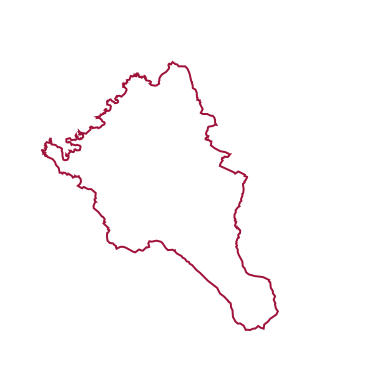 Lombok Tengah, Nusa Tenggara Barat, Indonesia, rotated 130°
{"feature_id": "22746128B98880758851169", "entity_name": "Lombok Tengah", "entity_type": "district", "adm_level": 2, "iso_a3": "IDN", "parent_name": "Indonesia", "parent_adm1": "Nusa Tenggara Barat", "projection": "orthographic", "projection_center": [116.283, -8.682], "detail": "fine", "context": "isolated", "style": "outline", "palette": "rose", "viewbox_px": 384, "rotation_deg": 130, "n_neighbors": 0, "source": "geoboundaries", "source_scale": "gbopen_adm2", "svg_char_len": 6120}
<svg xmlns="http://www.w3.org/2000/svg" viewBox="0 0 384 384"><g transform="rotate(130 192 192)"><path d="M105.0,290.4L107.8,290.1L108.2,291.8L109.1,292.0L110.1,291.5L110.9,289.9L112.4,289.0L116.4,289.0L121.1,290.5L123.4,290.5L126.0,290.0L127.5,288.7L128.9,288.3L130.1,286.8L133.0,287.6L134.3,288.6L136.3,292.1L136.1,294.1L135.3,293.6L134.0,294.3L134.1,295.7L135.9,298.9L135.6,299.9L134.9,300.1L135.1,301.2L134.2,302.0L133.8,301.7L133.5,302.9L135.4,303.6L135.3,304.5L135.7,303.9L136.7,304.0L136.5,305.3L137.5,305.7L137.8,306.5L136.9,308.0L137.2,308.7L136.5,308.7L136.7,309.3L136.1,309.8L136.5,310.4L137.3,310.5L137.8,309.4L138.1,309.8L138.4,309.1L139.1,309.0L139.9,310.2L139.5,311.5L140.5,311.1L141.0,311.7L141.7,311.6L142.5,313.5L146.2,312.1L148.2,313.8L149.5,312.1L150.3,312.6L151.3,312.1L152.4,313.2L153.0,313.0L152.7,313.8L153.1,313.7L153.5,315.3L153.5,314.2L155.8,312.2L155.0,311.5L155.2,308.6L156.0,307.6L159.7,306.7L164.4,307.4L164.8,309.3L166.8,311.2L167.6,310.6L167.9,311.1L169.9,310.8L170.5,309.6L169.5,308.3L169.7,307.4L170.5,306.5L171.8,306.6L173.6,308.3L173.1,309.5L173.8,311.5L173.3,313.3L173.7,314.2L176.1,314.7L176.3,315.3L177.1,315.3L177.3,314.6L177.8,314.7L179.5,313.2L178.2,310.3L178.6,309.1L181.4,307.6L182.8,307.6L184.8,309.4L186.8,310.0L187.4,309.4L188.3,310.4L189.1,310.0L189.5,310.7L191.2,310.9L191.5,311.7L193.2,311.1L195.7,313.1L195.5,312.5L196.3,312.3L195.3,311.5L194.8,309.3L194.7,308.0L195.6,306.0L194.9,304.1L195.6,302.9L196.8,302.7L199.2,303.8L201.2,303.7L203.4,304.8L203.2,306.0L206.8,309.1L206.3,309.8L206.7,311.3L208.1,311.6L208.7,310.2L209.9,310.0L215.5,310.7L218.3,315.8L218.1,317.3L218.5,316.8L218.9,317.2L219.4,315.5L220.4,315.3L220.1,314.7L218.8,314.4L218.3,312.3L219.8,310.7L222.2,310.8L222.5,311.9L223.4,311.6L224.2,312.3L224.1,314.6L223.2,315.2L223.7,316.7L224.2,316.6L225.0,314.2L227.2,314.8L227.5,315.8L229.9,317.7L229.2,320.1L232.1,322.2L233.7,321.2L234.4,320.0L233.8,318.8L232.8,318.6L232.2,317.2L233.3,314.5L232.3,314.2L231.3,311.5L229.7,310.3L228.6,307.5L229.1,306.3L232.1,304.9L234.2,307.0L234.3,308.9L235.1,309.3L236.2,308.5L237.5,308.4L238.4,309.6L238.1,312.2L238.6,311.1L239.0,312.0L239.3,311.1L242.3,311.1L245.1,308.6L247.4,308.2L249.4,309.8L249.9,311.4L247.1,315.0L245.3,316.3L244.3,318.2L242.4,319.4L242.7,322.1L244.0,323.7L243.6,325.9L244.0,327.3L245.8,330.2L243.2,333.0L243.5,333.8L243.1,334.4L243.8,334.5L243.9,333.3L245.4,332.7L245.5,333.2L246.3,333.1L247.2,335.4L249.6,335.4L250.0,334.0L250.8,334.4L251.0,332.4L251.9,332.9L252.4,332.2L252.9,332.6L253.2,331.4L254.7,331.1L256.1,333.7L256.7,333.5L256.4,331.6L257.2,331.1L257.3,331.7L258.0,330.8L257.3,330.7L256.9,330.1L257.5,330.1L256.8,329.4L257.8,329.2L257.7,327.6L258.4,328.1L258.7,327.5L258.2,326.7L257.6,326.8L257.9,325.1L258.6,325.4L257.8,324.8L256.4,319.9L256.6,318.4L257.2,315.9L258.6,313.9L259.3,309.5L262.3,305.8L261.1,304.4L261.2,303.0L259.9,303.1L258.8,301.3L259.1,298.8L258.0,298.1L257.4,298.4L256.9,294.5L257.4,292.7L256.8,292.8L256.4,291.9L255.2,291.4L254.8,291.8L254.6,290.3L252.7,288.8L253.3,288.0L253.5,285.8L255.6,283.6L257.8,283.0L260.7,283.4L259.8,278.6L257.7,278.2L256.6,273.4L254.6,271.1L254.7,265.0L257.8,263.0L258.5,261.7L260.2,262.0L260.9,261.3L261.3,259.5L261.6,259.9L265.9,258.5L267.5,256.9L267.5,250.9L268.7,245.3L268.2,244.3L268.9,241.4L271.0,240.6L271.0,239.3L272.9,239.6L273.3,232.8L274.7,232.4L274.5,230.7L277.0,230.2L278.0,230.6L280.7,228.6L283.6,225.4L283.9,222.3L282.1,219.3L282.7,216.6L283.2,216.6L282.4,216.4L282.3,215.3L283.4,214.5L283.9,213.3L280.2,211.7L278.4,209.8L277.2,207.0L275.5,198.4L274.7,196.7L270.1,195.6L269.1,192.7L268.4,191.9L263.6,191.4L263.4,190.7L261.5,189.5L259.5,192.4L257.2,193.0L255.8,190.8L252.1,187.9L250.1,183.9L250.2,181.3L251.7,176.5L252.0,173.1L248.6,169.6L248.5,168.1L247.7,167.5L248.5,166.9L248.8,163.7L247.8,158.9L248.3,156.8L247.7,154.7L248.5,151.5L247.6,149.5L248.4,147.7L247.9,144.8L248.9,138.7L248.8,133.7L249.8,122.6L249.3,111.1L251.8,105.2L251.5,100.2L252.2,93.7L252.6,93.6L252.4,90.9L255.5,87.5L256.5,85.0L261.4,80.3L263.4,75.1L263.3,72.2L261.7,70.6L261.2,66.5L263.1,62.1L261.6,60.8L260.7,59.0L257.4,57.3L255.8,55.7L252.1,55.2L251.8,52.2L250.7,49.3L246.9,51.5L242.8,50.5L238.8,50.6L231.8,48.6L228.2,49.5L227.2,53.1L224.5,56.4L223.8,56.5L222.0,60.2L218.4,61.4L217.6,65.0L215.9,66.4L214.8,70.0L211.0,73.9L211.0,75.7L209.8,76.3L211.5,82.9L216.0,89.8L218.6,95.5L218.7,98.8L216.6,102.6L216.3,105.3L212.9,108.8L210.0,116.0L208.6,118.4L206.7,119.9L205.5,123.0L204.2,123.0L203.1,125.1L202.0,125.3L201.6,126.1L197.7,127.4L196.7,126.8L195.5,128.8L193.7,129.1L192.9,128.7L190.8,130.0L190.3,130.9L190.6,132.2L190.1,132.5L190.0,134.1L190.8,134.5L189.9,135.5L190.5,135.9L190.1,137.5L186.5,138.9L186.8,139.7L186.2,140.0L186.1,141.1L184.9,141.2L184.4,143.0L181.8,145.0L179.2,145.5L178.0,146.8L174.3,147.0L172.4,146.4L172.0,147.3L170.4,148.2L168.6,148.7L167.0,148.5L165.9,149.9L162.5,150.9L161.4,152.2L160.2,152.0L156.9,154.0L153.1,158.2L150.9,157.8L150.2,158.7L148.6,158.5L146.2,159.0L145.0,159.6L146.0,162.1L144.8,162.6L146.5,169.7L150.2,170.8L150.0,172.6L154.1,187.4L151.9,188.5L148.1,188.8L147.9,190.0L146.5,190.8L145.5,189.7L144.1,189.9L142.2,187.1L140.9,187.0L140.9,187.7L140.6,187.1L139.0,187.1L139.7,187.7L139.1,188.6L139.9,191.7L142.6,196.7L143.9,202.8L144.1,207.5L140.8,209.7L141.5,211.1L141.3,213.3L142.3,213.7L142.9,215.5L141.9,216.1L141.3,215.6L140.0,215.7L139.6,215.1L138.7,215.3L139.2,216.9L138.5,218.7L136.0,219.8L135.1,219.6L132.1,221.3L131.2,221.2L128.1,218.5L125.8,217.7L124.9,216.5L124.1,218.9L122.0,220.6L120.7,222.7L120.3,225.1L121.5,226.7L122.5,230.5L125.3,233.8L125.8,236.1L121.6,237.1L119.2,242.9L117.9,243.1L117.8,244.5L116.8,244.9L118.0,247.3L116.4,248.0L116.4,248.9L112.8,252.3L111.3,255.2L111.9,258.1L109.3,260.7L109.0,261.8L107.8,262.5L107.8,263.5L102.8,270.1L100.5,274.6L100.1,277.9L104.4,283.1L103.8,285.1L104.7,287.0L105.0,290.4ZM185.2,311.5L184.5,310.2L183.7,310.8L184.0,311.5L185.2,311.5ZM245.0,312.0L245.1,311.1L244.7,310.8L244.2,312.5L245.0,312.0ZM223.4,317.5L223.2,316.6L222.5,317.7L223.4,317.5ZM242.9,334.2L242.1,334.2L241.9,334.4L242.3,334.9L242.9,334.2Z" fill="none" stroke="#9f1239" stroke-width="2"/></g></svg>